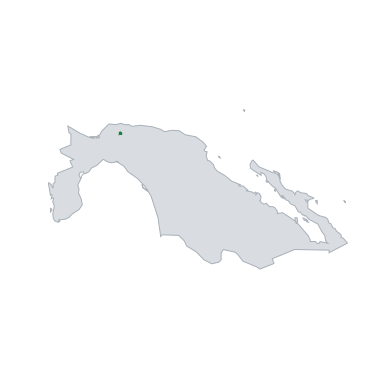 location of Santiago Textitlán, Oaxaca, Mexico, rotated 158°
{"feature_id": "50627088B13437276838139", "entity_name": "Santiago Textitlán", "entity_type": "district", "adm_level": 2, "iso_a3": "MEX", "parent_name": "Mexico", "parent_adm1": "Oaxaca", "projection": "equal_earth", "projection_center": [-97.325, 16.718], "detail": "fine", "context": "in_parent", "style": "filled", "palette": "green", "viewbox_px": 384, "rotation_deg": 158, "n_neighbors": 0, "source": "geoboundaries", "source_scale": "gbopen_adm2", "svg_char_len": 4197}
<svg xmlns="http://www.w3.org/2000/svg" viewBox="0 0 384 384"><g transform="rotate(158 192 192)"><path d="M67.0,86.4L87.7,84.3L86.6,86.7L118.3,100.2L142.6,100.1L142.8,95.0L157.9,95.1L160.4,98.7L170.7,108.7L173.0,117.1L174.9,120.3L184.6,126.9L187.9,124.4L190.4,118.2L193.4,116.9L200.5,118.0L206.4,124.8L210.3,134.7L217.1,143.8L217.5,149.6L220.5,156.7L235.7,163.5L237.7,162.4L233.1,181.0L231.5,203.3L232.2,208.1L236.2,214.6L235.4,218.1L235.6,214.6L232.3,209.1L233.3,214.2L237.4,224.8L243.9,235.0L245.4,241.3L250.1,247.8L248.8,247.7L251.4,249.2L250.6,248.3L255.4,249.1L258.9,251.4L262.0,255.6L270.1,252.4L276.1,251.9L280.1,249.4L284.3,248.9L285.2,249.9L284.9,251.2L288.3,252.1L290.6,250.0L290.0,246.7L288.8,247.5L289.1,246.8L295.3,241.2L295.7,236.7L297.5,234.1L297.4,226.7L298.5,221.3L303.2,218.1L311.6,216.4L315.2,214.6L319.3,214.2L326.1,216.0L326.6,214.8L324.9,214.8L327.2,213.9L329.9,216.3L330.5,219.6L329.2,224.0L324.9,230.6L324.8,235.1L322.7,237.8L323.1,238.8L325.1,238.4L323.0,241.2L323.1,242.4L324.5,242.0L322.0,253.3L321.3,254.3L319.8,251.7L319.4,247.5L317.5,251.9L315.5,252.2L313.0,258.0L310.0,257.9L309.8,259.8L293.3,259.8L293.4,266.7L289.6,266.6L298.7,277.1L298.5,281.0L286.8,281.0L282.6,290.8L283.8,293.2L282.4,299.7L273.9,288.6L267.0,281.3L262.9,278.4L262.4,279.1L266.3,281.7L260.3,279.4L260.7,277.7L259.1,278.4L258.1,276.8L257.0,278.5L259.0,279.3L256.0,279.7L253.0,282.2L243.5,286.2L237.4,283.0L232.2,282.3L228.8,279.4L225.3,278.2L223.1,275.4L214.7,273.1L204.3,267.3L197.5,261.8L194.7,258.1L187.6,256.8L181.0,253.6L176.8,247.6L167.7,241.7L162.9,233.7L161.4,228.8L165.1,226.5L164.5,224.4L162.9,223.7L165.4,220.0L165.7,215.5L163.8,214.0L161.9,209.6L162.0,205.5L160.8,201.9L155.5,195.1L151.0,187.0L143.8,180.0L145.9,181.3L146.1,179.8L142.2,178.3L139.5,172.8L141.5,173.0L135.9,169.2L135.2,167.4L133.1,168.1L132.7,167.2L134.4,165.1L131.6,166.8L130.0,165.2L129.8,161.6L131.9,158.4L132.6,159.0L131.3,155.7L129.6,153.6L127.2,153.7L125.7,149.3L122.8,148.3L121.1,146.5L120.1,142.6L120.9,140.1L115.8,138.9L107.3,126.7L107.0,123.8L105.7,122.9L100.6,107.9L100.3,103.3L101.0,101.8L96.2,99.9L95.1,97.5L93.6,96.7L91.8,98.1L85.3,93.6L86.4,96.5L85.2,102.1L86.5,106.6L87.3,115.1L93.7,122.7L95.7,127.8L96.7,127.6L97.2,129.1L98.2,129.3L99.0,132.6L100.8,133.6L101.7,140.6L105.1,144.1L106.1,148.0L107.7,149.3L108.7,154.0L110.1,155.1L109.4,151.6L111.3,153.7L113.3,164.4L115.4,167.5L118.2,175.3L117.6,178.6L118.2,181.5L120.7,184.4L121.7,181.5L128.8,191.8L128.0,195.6L125.0,198.4L123.4,198.7L120.5,190.3L109.2,179.0L108.2,179.2L105.9,175.6L105.5,173.2L106.4,168.0L105.6,163.0L103.9,159.4L98.5,155.1L97.5,150.9L96.4,152.7L93.5,153.5L91.5,150.6L86.4,147.7L85.7,145.2L81.9,141.6L81.6,140.4L85.6,141.1L88.1,140.0L88.0,141.2L90.0,142.3L89.3,139.5L88.4,139.3L90.6,133.6L83.5,122.9L77.4,118.2L76.4,115.8L76.6,111.9L75.1,110.6L74.8,106.1L72.9,104.2L72.8,101.6L70.2,97.4L69.9,95.5L70.8,94.2L69.0,92.5L67.0,86.4ZM107.0,126.9L106.2,129.6L104.2,128.7L105.2,124.6L106.4,124.2L107.0,126.9ZM98.7,126.3L95.9,123.4L95.3,120.3L96.7,121.3L97.0,123.0L98.5,123.4L98.7,126.3ZM329.2,229.8L328.5,228.8L328.8,227.5L330.7,226.5L329.2,229.8ZM105.9,179.1L103.9,176.2L105.4,170.4L104.9,175.6L105.9,179.1ZM80.6,137.7L79.0,137.3L80.2,134.3L80.9,136.5L80.6,137.7ZM54.5,127.6L53.3,125.6L53.6,124.8L54.1,124.8L54.5,127.6ZM107.7,179.2L108.9,181.5L106.3,179.3L107.7,179.2ZM154.2,214.1L153.9,215.1L153.3,214.7L153.0,213.0L154.2,214.1ZM119.1,173.3L119.5,175.0L118.2,172.8L119.1,173.3ZM114.4,161.5L115.1,162.3L113.9,163.9L114.4,161.5ZM113.8,248.6L113.2,248.9L112.4,248.1L113.1,247.1L113.8,248.6ZM287.2,249.0L285.7,249.4L288.2,248.4L287.2,249.0ZM125.8,183.4L125.1,183.2L125.0,181.5L125.8,183.4Z" fill="#d9dde1" stroke="#a8b0b8" stroke-width="1"/><path d="M236.8,274.1L237.0,274.1L237.2,273.8L237.2,273.4L237.1,273.2L237.1,272.9L237.3,272.8L237.4,272.7L237.2,272.7L236.7,272.7L236.6,272.4L236.4,272.4L236.1,272.2L236.1,272.3L235.9,272.3L235.7,272.4L235.5,272.5L235.4,272.6L235.4,272.8L235.3,273.0L235.4,273.3L235.2,273.3L235.0,273.5L235.1,273.4L235.2,273.5L235.4,273.6L235.5,273.5L235.9,273.5L236.1,273.5L236.4,273.7L236.4,273.8L236.5,273.9L236.5,274.0L236.6,273.9L236.8,274.0L236.8,274.1Z" fill="#22c55e" stroke="#15803d" stroke-width="1.5"/></g></svg>